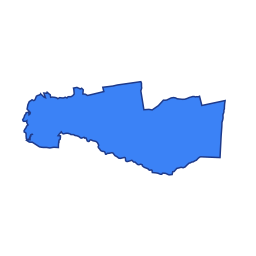 Faleata East, Gaga'emauga, Samoa (Albers equal-area conic projection), rotated 254°
{"feature_id": "51752279B54657815121204", "entity_name": "Faleata East", "entity_type": "district", "adm_level": 2, "iso_a3": "WSM", "parent_name": "Samoa", "parent_adm1": "Gaga'emauga", "projection": "albers", "projection_center": [-171.795, -13.866], "detail": "fine", "context": "isolated", "style": "filled", "palette": "blue", "viewbox_px": 256, "rotation_deg": 254, "n_neighbors": 0, "source": "geoboundaries", "source_scale": "gbopen_adm2", "svg_char_len": 3099}
<svg xmlns="http://www.w3.org/2000/svg" viewBox="0 0 256 256"><g transform="rotate(254 128 128)"><path d="M178.0,38.2L174.0,36.2L170.1,38.2L169.5,38.3L168.5,37.6L168.0,36.5L169.3,36.7L170.2,37.6L170.5,37.2L170.8,35.2L170.6,34.1L170.0,34.0L168.6,32.1L166.7,30.9L164.9,29.0L163.5,29.2L163.1,29.7L162.5,32.0L162.8,32.7L161.2,32.2L159.8,32.4L158.5,32.7L157.9,31.3L157.4,30.7L156.3,30.0L155.9,29.3L154.1,27.4L152.8,27.1L151.9,28.1L151.4,28.4L150.3,28.4L148.2,27.8L145.6,27.3L144.8,27.7L144.5,30.0L144.9,30.4L146.2,31.0L147.0,31.9L147.7,32.1L148.3,32.8L148.5,34.1L148.3,34.2L148.2,32.9L147.3,32.2L146.7,32.1L146.0,31.3L143.7,30.6L144.2,29.0L144.0,27.2L141.7,29.2L141.0,31.0L140.8,32.0L137.3,35.1L136.0,36.2L134.3,37.7L133.4,39.4L132.7,41.1L131.8,44.3L130.4,47.3L130.0,51.0L129.8,51.8L128.4,55.7L130.7,56.4L133.5,57.5L133.4,57.7L135.4,58.4L135.8,59.6L137.7,60.5L139.1,60.9L139.9,58.7L140.8,59.8L142.7,62.8L140.8,63.4L140.1,64.4L140.1,66.1L139.8,67.8L139.5,68.8L138.1,70.9L137.5,71.2L136.6,73.9L135.4,75.0L134.7,76.6L133.6,78.1L132.7,78.9L131.6,79.6L131.1,80.4L131.2,82.7L131.0,83.4L130.2,83.6L130.1,84.8L128.1,85.2L127.0,85.2L126.0,86.0L125.9,87.0L126.8,88.0L126.9,89.0L125.3,90.9L124.5,92.5L123.7,93.7L122.3,94.6L119.6,95.1L118.1,94.1L117.1,94.2L115.0,95.2L114.0,95.4L112.7,96.8L112.1,98.3L111.2,99.1L109.0,99.2L108.8,100.0L109.3,101.1L108.9,102.9L108.7,105.8L108.0,106.7L105.1,107.8L103.5,109.4L101.5,110.9L100.9,112.3L100.7,116.4L100.2,117.1L99.2,117.1L97.2,116.7L96.3,117.3L95.9,118.3L95.9,122.8L93.7,124.1L93.2,125.5L91.9,126.2L90.3,127.2L89.7,128.3L89.7,130.3L88.7,131.5L87.7,131.4L86.7,132.0L85.7,132.8L83.3,136.0L82.3,136.3L81.4,137.3L81.3,138.7L80.7,139.4L78.5,139.1L77.3,142.2L76.3,144.3L74.6,146.4L74.2,147.7L75.0,148.6L74.9,149.4L74.0,151.7L71.9,154.1L71.5,155.0L71.1,157.6L73.6,158.9L73.5,160.3L75.7,163.8L75.6,165.9L75.6,168.2L74.6,170.1L74.8,172.1L76.1,174.4L77.4,177.0L77.3,178.3L77.7,179.7L77.5,181.4L78.0,183.2L78.2,184.9L79.5,187.0L80.2,188.7L80.3,189.9L74.2,208.3L94.6,215.3L103.0,218.4L107.6,219.9L109.6,221.2L111.4,222.1L114.4,222.9L115.5,223.5L116.2,224.2L117.6,224.8L118.8,225.1L119.8,225.9L121.2,226.3L124.5,227.5L127.6,228.9L129.3,205.2L138.8,205.5L138.6,204.2L139.2,202.5L139.3,201.3L139.9,200.5L140.4,199.1L140.4,195.2L140.1,193.1L140.0,190.5L140.6,188.1L142.5,183.4L143.8,182.0L144.7,180.2L145.0,177.7L144.2,173.0L144.4,171.5L145.0,169.7L141.1,163.3L138.7,156.2L140.1,153.3L141.2,148.3L160.4,150.6L160.5,150.8L162.7,152.2L164.1,152.4L167.4,153.3L169.0,153.1L172.3,129.5L172.5,125.0L174.1,115.0L169.7,114.8L169.9,109.3L170.4,98.1L172.2,96.3L173.2,94.0L177.0,95.5L179.0,94.4L178.7,92.9L181.1,90.1L181.4,86.6L179.7,86.5L176.1,85.8L175.3,85.4L174.3,83.8L173.8,81.8L174.5,79.5L174.5,78.9L173.7,77.6L174.9,76.1L174.6,74.4L175.1,72.8L176.0,70.8L175.5,68.6L176.3,68.1L177.0,67.2L177.8,65.7L178.6,63.6L178.8,62.1L181.4,62.4L182.1,61.8L184.7,60.1L183.8,59.4L184.8,56.7L179.9,57.0L180.7,55.9L184.9,53.4L184.4,53.2L184.2,52.0L184.1,49.8L183.8,48.7L181.3,46.8L180.4,45.8L180.4,44.8L181.6,43.5L181.1,42.3L180.6,40.4L178.0,38.2Z" fill="#3b82f6" stroke="#1e3a8a" stroke-width="1.5"/></g></svg>